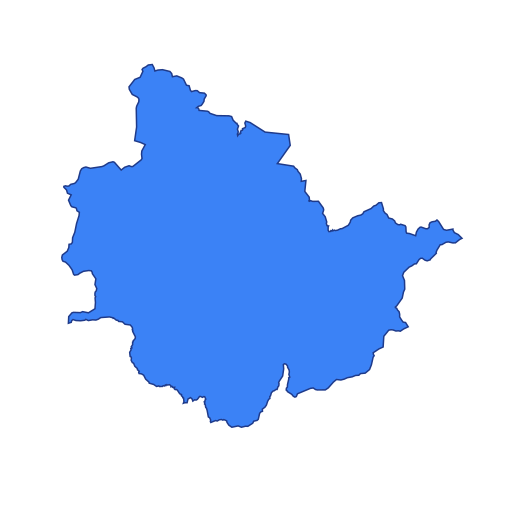 Guamote, Chimborazo, Ecuador, rotated 189°
{"feature_id": "8360857B94409334599022", "entity_name": "Guamote", "entity_type": "district", "adm_level": 2, "iso_a3": "ECU", "parent_name": "Ecuador", "parent_adm1": "Chimborazo", "projection": "mercator", "projection_center": [-78.64, -2.048], "detail": "fine", "context": "isolated", "style": "filled", "palette": "blue", "viewbox_px": 512, "rotation_deg": 189, "n_neighbors": 0, "source": "geoboundaries", "source_scale": "gbopen_adm2", "svg_char_len": 6103}
<svg xmlns="http://www.w3.org/2000/svg" viewBox="0 0 512 512"><g transform="rotate(189 256 256)"><path d="M369.9,424.8L377.5,425.4L382.0,424.3L384.8,422.9L386.1,425.8L388.4,428.9L392.3,427.8L394.3,425.7L396.9,423.8L397.7,422.4L396.6,420.7L398.4,414.4L403.4,411.4L407.9,403.2L407.2,400.8L403.5,396.2L398.5,394.6L396.8,393.6L396.1,392.3L395.9,390.0L397.3,385.3L397.4,383.2L394.1,364.7L393.9,350.9L387.9,350.1L382.8,348.7L385.2,341.9L385.0,338.6L383.8,334.4L384.5,332.9L391.7,325.1L393.1,324.8L395.5,325.3L399.6,323.1L402.6,319.8L410.5,326.4L412.0,326.7L416.1,325.0L420.4,321.2L422.2,320.2L433.3,316.7L437.9,317.3L440.1,316.3L441.8,314.9L442.8,312.5L443.6,304.0L445.7,300.2L446.8,299.2L450.2,297.8L451.8,295.8L453.4,295.4L455.2,295.5L456.7,294.7L456.5,293.8L453.5,291.6L452.0,288.5L448.1,287.5L449.9,281.8L446.8,276.8L445.6,275.8L441.6,275.4L440.9,275.0L439.9,272.7L437.3,271.5L437.1,268.2L438.3,260.1L438.7,251.1L440.0,245.4L439.5,240.7L440.4,239.0L442.5,238.3L442.2,235.1L443.2,231.2L447.4,226.7L447.6,224.2L446.9,222.0L445.8,220.6L443.2,220.2L439.2,217.5L435.4,213.5L433.3,209.4L432.2,208.7L428.9,209.8L427.4,211.4L424.0,213.9L418.9,215.5L416.3,215.6L415.1,214.0L414.9,213.0L410.6,208.4L410.6,202.6L408.2,199.0L408.3,196.7L409.2,195.2L409.2,193.7L408.9,191.9L408.0,190.7L408.4,189.5L407.3,184.9L406.8,178.7L412.6,173.7L418.6,173.9L420.6,172.6L427.4,171.8L428.9,171.1L431.5,166.9L430.8,160.2L428.1,161.6L427.9,163.4L426.8,164.6L423.8,164.1L419.1,164.6L415.0,165.8L414.2,166.8L411.5,166.0L407.4,167.4L404.1,167.7L401.9,168.9L399.7,170.9L391.2,172.9L387.4,172.6L387.3,172.1L386.5,172.3L384.0,170.8L382.3,170.8L381.5,169.9L377.6,170.1L374.7,168.1L369.3,168.2L367.0,166.1L366.4,164.4L366.7,163.8L365.9,162.8L366.0,162.2L362.5,157.3L362.4,155.6L364.1,152.8L363.9,152.1L364.4,151.6L364.0,149.1L365.0,146.8L364.2,145.8L365.2,145.1L364.7,143.7L365.7,141.1L364.6,137.1L364.0,137.1L363.1,135.9L363.0,133.5L361.5,131.4L360.1,130.9L358.4,128.1L355.6,126.3L355.3,125.1L353.3,123.9L353.7,122.8L353.1,121.6L350.7,121.7L348.3,120.7L345.7,117.1L342.0,114.7L341.6,113.7L336.9,113.1L333.8,111.6L331.7,112.5L331.0,112.0L328.0,112.5L327.4,113.4L326.1,113.3L325.4,114.4L324.7,113.9L324.0,115.0L323.2,114.7L321.2,115.4L319.7,114.4L319.6,113.5L318.3,114.0L317.7,113.2L315.8,113.6L316.1,112.2L314.9,111.4L313.7,111.7L312.6,111.1L309.8,108.0L307.9,107.5L307.9,106.4L306.5,105.5L306.1,104.5L305.3,104.4L304.4,100.9L304.7,99.2L303.4,99.9L301.1,100.3L300.8,104.1L298.5,105.9L296.7,104.7L295.7,102.8L294.1,104.4L292.7,104.3L291.5,105.2L289.8,108.4L288.8,108.6L286.7,108.0L285.6,109.0L284.7,109.0L283.2,106.8L283.8,105.7L283.7,104.1L284.3,103.8L283.5,102.6L283.7,101.8L282.8,101.1L282.0,98.6L281.1,97.9L280.1,95.8L277.9,89.6L276.5,89.0L275.1,86.9L275.2,85.4L274.6,84.5L270.3,87.1L268.4,87.0L266.6,88.5L264.5,89.1L263.0,88.7L262.2,89.4L259.2,88.6L258.6,87.1L256.4,84.7L253.1,83.1L247.0,85.4L243.6,84.6L239.8,86.2L237.4,86.5L233.1,90.3L232.4,92.5L229.2,93.8L228.2,95.1L227.8,101.2L226.8,102.8L225.3,103.6L225.8,105.7L223.5,108.1L222.4,110.4L221.8,114.2L221.0,116.5L220.0,117.4L220.4,119.4L219.8,120.1L219.4,123.4L217.9,125.4L217.0,125.7L215.3,127.4L214.3,127.5L213.9,130.1L213.2,131.3L213.3,133.6L213.8,134.3L213.5,135.8L210.9,141.6L211.0,148.9L212.0,153.0L211.1,154.0L209.5,153.9L207.7,152.4L207.4,151.1L205.5,148.6L204.9,146.7L205.0,144.2L203.7,141.6L204.7,140.8L204.4,139.8L204.8,133.8L204.5,131.4L205.3,130.2L205.2,128.3L204.3,127.9L203.8,127.0L199.1,125.0L197.2,123.3L195.5,122.7L194.2,123.5L193.5,126.4L181.5,133.8L178.8,134.6L176.3,133.4L174.4,133.3L166.6,134.6L164.0,137.0L159.8,143.6L157.2,146.6L152.8,146.8L149.6,148.2L146.7,150.1L142.1,151.7L139.0,153.6L135.8,154.3L134.4,156.2L129.8,157.4L126.1,161.6L125.0,166.6L124.5,174.4L123.7,176.0L124.6,177.1L125.1,178.8L120.0,183.5L116.2,186.0L117.2,196.7L113.3,203.5L111.0,204.3L109.0,204.4L106.1,203.8L103.6,204.4L101.7,204.3L98.7,207.1L94.6,209.9L97.9,213.7L100.3,213.7L101.9,215.2L104.6,218.3L105.0,221.0L106.0,223.4L107.7,224.7L108.9,226.4L110.2,226.8L110.4,227.4L109.2,228.8L105.0,237.3L104.7,243.5L103.9,246.5L105.5,255.0L108.2,259.5L107.5,263.0L103.0,269.0L100.6,270.6L98.2,273.0L96.4,273.4L94.4,278.0L93.0,279.5L91.4,279.8L88.4,278.3L86.2,278.0L83.3,279.5L83.2,280.3L78.3,286.9L78.7,287.8L78.2,290.1L75.8,296.0L74.2,296.3L70.5,299.3L68.2,300.0L63.7,299.7L61.1,300.2L57.4,304.2L55.3,305.7L59.6,308.8L63.7,310.1L65.5,312.3L65.7,313.4L71.9,311.2L74.9,311.6L81.0,318.6L82.9,319.9L84.2,318.4L87.5,317.3L89.3,316.1L89.9,313.9L89.4,311.4L90.8,309.8L92.5,309.5L97.4,310.4L98.4,310.1L100.1,308.0L101.3,304.7L101.5,301.0L107.9,302.2L110.8,302.1L111.6,303.6L112.5,308.1L113.5,309.3L118.1,310.0L119.0,309.3L120.8,309.2L123.5,310.5L124.5,312.3L127.1,313.9L130.9,314.3L133.1,317.5L135.3,318.6L137.3,320.7L137.5,322.4L140.4,328.4L143.0,327.8L145.4,324.9L147.5,323.8L149.7,320.9L156.3,316.6L157.1,314.4L158.9,312.8L161.8,311.7L166.4,308.8L168.1,306.2L168.2,304.2L169.6,300.8L175.3,296.5L176.9,296.1L179.6,294.2L181.8,293.5L182.8,293.8L183.8,293.0L184.4,293.5L184.4,292.8L186.0,292.8L186.0,292.0L187.8,291.5L188.8,292.7L189.3,296.2L189.0,297.0L190.6,297.1L191.7,299.4L191.4,300.6L193.8,305.6L196.9,308.5L196.4,311.5L196.5,312.7L197.3,314.2L202.9,319.8L208.6,318.8L210.8,319.2L211.8,318.4L212.4,318.7L212.0,319.9L212.7,322.5L217.9,327.4L218.5,338.4L223.0,336.8L223.2,339.5L225.1,343.8L227.8,346.2L228.7,347.7L231.5,349.2L232.9,350.6L249.4,350.6L239.5,370.6L242.8,381.1L266.4,379.8L282.7,386.9L287.2,387.6L287.8,385.6L286.5,382.7L286.7,381.2L289.2,379.7L288.8,378.9L289.2,378.0L290.3,377.7L290.8,375.7L290.3,375.1L290.9,374.8L290.9,374.1L292.2,373.6L292.9,372.0L293.5,373.5L292.9,375.7L294.2,378.4L293.6,381.7L295.3,383.2L295.5,384.0L296.5,384.1L299.8,386.5L301.9,389.9L304.6,390.2L316.8,388.5L323.8,389.7L325.4,391.1L326.8,391.4L335.0,390.9L335.4,392.1L336.5,393.3L337.8,393.2L336.4,394.8L333.7,396.1L332.7,397.9L331.6,400.6L331.7,402.9L330.3,406.5L330.6,407.5L332.5,408.8L337.3,408.5L339.9,410.1L341.8,409.9L345.4,408.3L346.7,409.4L348.7,413.7L351.4,413.8L355.3,419.4L357.2,420.3L362.4,421.5L366.6,420.0L367.8,423.0L369.9,424.8Z" fill="#3b82f6" stroke="#1e3a8a" stroke-width="1.5"/></g></svg>